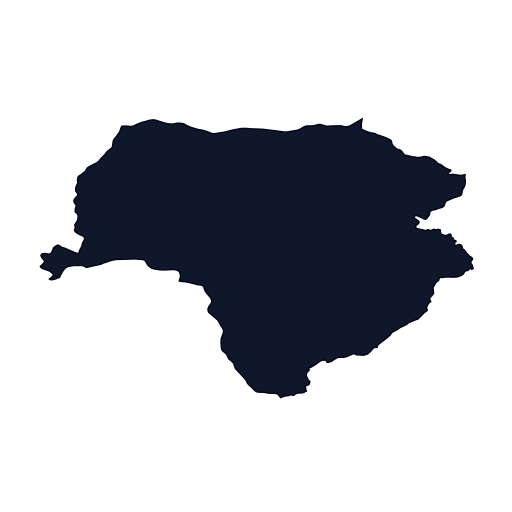 Hispania, Antioquia, Colombia, rotated 266°
{"feature_id": "7082276B53614858189093", "entity_name": "Hispania", "entity_type": "district", "adm_level": 2, "iso_a3": "COL", "parent_name": "Colombia", "parent_adm1": "Antioquia", "projection": "equal_earth", "projection_center": [-75.91, 5.802], "detail": "fine", "context": "isolated", "style": "filled", "palette": "ink", "viewbox_px": 512, "rotation_deg": 266, "n_neighbors": 0, "source": "geoboundaries", "source_scale": "gbopen_adm2", "svg_char_len": 6069}
<svg xmlns="http://www.w3.org/2000/svg" viewBox="0 0 512 512"><g transform="rotate(266 256 256)"><path d="M385.3,371.4L380.1,360.8L378.9,358.1L378.6,356.4L378.5,354.9L379.1,352.3L379.7,350.6L380.0,348.9L380.4,340.6L380.4,335.9L382.7,329.2L382.8,328.0L381.8,321.8L382.1,315.7L381.8,314.1L381.2,312.3L379.9,309.9L378.8,307.2L378.5,305.6L377.5,295.6L377.6,293.3L380.4,279.6L381.9,271.4L383.3,259.1L384.0,254.5L384.2,249.9L383.3,242.2L381.7,233.1L380.8,222.6L381.1,220.7L383.5,215.8L384.9,212.2L386.4,206.5L389.0,199.6L391.1,195.7L392.8,193.2L393.4,191.2L393.8,188.4L393.9,185.6L393.3,182.0L394.0,177.6L395.1,173.7L398.6,165.0L399.0,162.7L398.8,159.4L398.1,156.3L397.2,151.3L396.0,147.4L394.1,142.7L393.8,140.5L394.6,136.0L394.8,131.9L394.6,131.1L394.0,130.7L389.7,128.9L385.1,125.3L382.6,122.8L380.7,121.7L375.2,120.5L373.8,119.7L370.7,115.0L368.7,113.1L367.8,112.6L365.2,109.4L361.5,105.9L359.8,103.3L358.5,99.8L356.2,94.9L355.4,93.7L352.4,91.7L349.6,87.7L348.2,85.2L347.5,84.3L346.7,83.8L344.0,83.2L341.1,83.4L339.8,82.5L336.9,81.1L334.7,80.8L333.3,80.8L331.2,82.2L330.2,82.5L329.4,82.5L328.5,82.2L327.9,81.7L326.3,79.7L325.0,78.7L324.4,78.3L323.6,78.3L322.5,78.3L319.5,80.0L318.5,80.2L315.6,79.1L312.8,78.8L312.2,79.1L311.3,80.3L310.5,80.9L308.6,81.4L307.0,81.3L303.8,80.4L299.8,77.5L299.2,77.4L296.9,77.9L294.9,76.9L294.3,76.8L293.8,76.9L292.9,77.5L291.2,79.3L289.3,82.3L288.6,84.0L287.0,86.0L285.5,86.3L283.5,85.6L280.8,83.8L278.1,83.1L274.0,80.6L270.8,79.3L271.1,77.7L272.1,75.2L273.3,73.2L274.5,70.6L277.0,65.9L278.2,62.8L280.4,59.9L280.6,58.8L279.8,56.9L278.2,54.6L274.7,53.0L273.4,52.1L272.7,51.2L272.3,50.2L272.3,49.0L273.1,46.3L273.2,44.5L273.0,42.9L272.7,42.2L271.7,41.6L269.9,42.0L266.3,44.4L265.2,44.7L264.2,44.2L262.3,42.3L260.8,40.3L260.4,40.2L259.5,40.8L258.5,42.1L255.3,49.3L252.5,52.1L251.9,52.5L251.3,52.5L249.8,51.7L247.5,48.4L246.6,49.8L246.6,51.0L246.9,53.5L248.3,57.9L248.7,58.6L251.6,60.2L254.2,62.0L256.7,64.1L258.0,65.9L258.8,68.5L259.3,73.3L258.7,81.7L257.9,83.9L256.5,86.0L256.5,86.6L257.4,91.8L258.6,100.4L259.6,103.1L261.9,112.0L262.3,116.5L261.6,134.6L260.7,141.2L260.2,143.5L259.2,145.0L257.8,145.9L255.9,146.6L253.2,148.6L251.0,151.4L250.1,154.2L249.0,159.0L248.5,163.4L248.3,172.9L247.6,175.9L246.5,177.7L245.2,178.6L243.7,179.1L240.9,179.4L239.6,179.0L237.0,177.8L236.4,177.9L236.1,178.3L235.4,183.1L234.6,186.4L231.6,195.5L230.9,199.2L230.0,200.9L229.2,201.7L225.5,202.5L222.4,204.2L217.4,207.9L214.9,208.8L213.5,208.7L211.9,208.0L208.9,205.6L206.3,204.3L203.6,204.7L202.3,205.7L194.9,213.4L189.7,215.8L185.8,218.0L183.7,218.5L181.5,218.1L176.0,215.6L172.0,215.1L167.7,215.1L165.1,215.4L163.9,216.0L161.3,218.7L159.8,220.0L155.4,221.6L152.8,224.4L150.5,226.3L145.1,227.7L135.1,235.9L132.6,237.6L130.1,238.5L128.0,239.8L125.8,242.2L121.9,245.4L120.6,247.1L120.0,249.2L119.6,254.2L118.8,257.1L118.2,260.0L117.9,263.9L117.4,266.7L116.6,268.1L114.3,270.0L113.0,270.6L114.3,274.7L114.5,278.7L115.1,280.3L115.0,281.4L114.5,283.5L114.5,284.0L115.9,285.9L116.5,289.3L116.2,291.3L116.6,294.1L116.8,294.8L117.5,295.4L117.7,296.1L117.6,296.6L122.7,295.9L123.0,296.2L123.1,297.2L124.0,299.4L124.6,300.2L127.1,300.9L128.7,299.4L132.7,297.8L134.8,298.0L136.7,298.9L138.6,301.2L139.8,300.0L140.2,300.0L141.5,303.6L143.4,307.2L144.2,308.7L145.5,310.6L147.1,313.5L147.5,315.6L147.3,317.9L146.9,318.7L145.1,319.4L145.0,321.3L145.7,323.9L147.5,326.9L148.9,329.9L149.2,331.2L148.9,336.6L149.1,338.4L150.3,342.4L151.6,345.5L151.8,346.6L151.6,347.4L150.5,349.4L150.2,350.5L150.2,352.0L149.6,355.7L149.8,357.6L150.6,360.6L153.0,363.8L154.5,365.0L156.5,367.3L156.5,370.4L157.0,370.3L158.0,370.7L159.9,372.8L165.0,380.5L167.7,384.2L170.2,386.1L170.5,386.6L172.7,391.7L174.5,394.5L176.8,400.3L177.6,402.0L178.4,402.9L179.2,404.3L180.1,407.5L181.6,411.7L181.6,412.5L181.7,412.9L187.9,420.0L189.7,422.9L191.0,422.9L191.8,422.5L192.9,422.6L194.1,423.0L197.6,425.5L198.0,426.2L198.1,427.0L199.0,426.9L200.7,426.1L201.5,426.2L202.4,426.8L205.3,429.7L206.4,430.5L209.8,430.5L210.8,430.3L212.6,430.6L217.4,433.9L218.0,435.1L218.9,436.3L220.8,437.2L221.9,437.4L221.6,439.9L221.8,444.0L221.6,447.4L221.2,451.2L221.1,454.3L221.3,456.0L221.7,457.6L223.1,460.8L223.8,461.6L225.7,462.9L226.6,464.0L226.8,466.2L228.8,468.8L228.9,469.5L227.7,470.3L228.6,471.8L229.7,471.1L231.6,471.2L233.2,469.9L234.0,469.9L236.2,470.2L237.6,471.8L239.1,471.4L240.0,470.3L240.7,469.0L242.2,468.0L243.6,466.5L245.0,465.8L247.4,464.2L248.7,462.6L249.0,462.4L251.0,462.3L253.0,461.0L253.3,459.5L253.1,457.7L252.3,456.4L252.2,455.9L252.6,455.1L254.7,455.1L255.8,454.4L256.1,454.6L256.2,456.0L256.4,456.5L257.1,456.4L257.9,455.2L257.9,454.6L258.4,453.5L259.9,454.0L260.3,453.7L261.4,451.8L262.2,451.8L263.0,452.1L264.0,451.7L264.3,451.3L264.2,450.1L263.3,447.9L263.2,446.1L264.0,443.8L264.5,442.8L266.3,441.6L267.1,441.5L268.9,441.7L269.4,441.2L269.7,440.3L269.8,439.1L269.5,437.4L269.6,436.6L270.2,435.5L270.2,435.0L269.2,432.4L269.2,431.6L269.3,431.1L270.1,430.1L270.2,429.6L269.6,427.3L269.6,426.4L271.0,422.5L271.5,420.0L272.5,417.6L273.1,417.3L275.2,417.5L276.8,420.0L277.7,420.7L278.4,421.0L279.0,420.9L280.5,419.5L282.4,416.9L283.7,416.4L285.1,417.5L285.2,418.3L285.1,419.0L284.9,419.8L281.0,427.0L280.8,427.5L281.1,428.2L281.6,429.0L285.0,431.8L287.7,432.4L288.8,433.5L289.5,435.3L290.0,438.8L290.8,441.1L291.6,445.1L292.6,446.8L296.2,448.5L297.3,449.2L297.8,450.1L300.3,457.3L301.8,463.6L302.3,464.6L302.9,465.2L303.9,465.6L307.1,466.3L311.0,468.8L312.8,469.5L316.2,470.0L319.9,469.7L322.5,470.2L322.0,465.9L323.7,458.1L323.6,454.4L324.0,453.7L324.9,453.5L325.5,453.9L326.1,454.4L327.2,456.0L328.1,456.2L329.1,453.7L330.9,450.6L333.8,447.3L335.7,443.7L339.0,440.8L342.5,435.5L343.5,431.0L342.9,426.5L342.8,424.1L343.7,421.2L343.8,419.4L345.5,414.5L346.0,412.0L347.0,410.8L350.3,408.5L351.3,407.6L352.0,406.2L352.5,404.5L354.6,402.1L356.5,400.3L358.4,399.4L361.1,399.0L361.9,398.6L362.6,397.8L365.3,392.8L367.8,387.1L368.5,385.0L369.4,383.9L370.1,382.5L370.6,380.0L371.5,377.2L372.6,374.7L375.2,369.9L380.8,370.3L385.3,371.4Z" fill="#0f172a" stroke="#020617" stroke-width="1.5"/></g></svg>